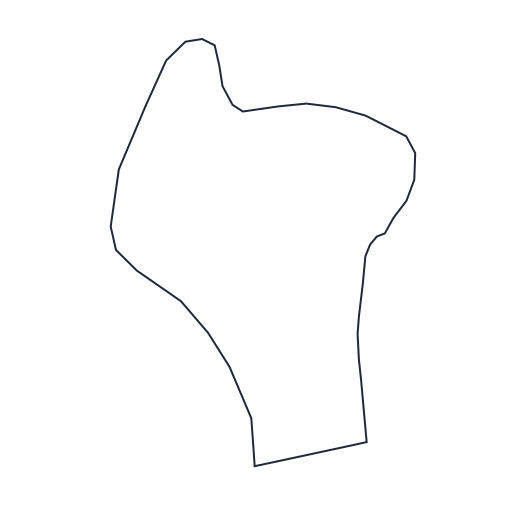 the district of Madeinat Al Gedaref, Gedarif, Sudan, rotated 7°
{"feature_id": "16777658B2948733564305", "entity_name": "Madeinat Al Gedaref", "entity_type": "district", "adm_level": 2, "iso_a3": "SDN", "parent_name": "Sudan", "parent_adm1": "Gedarif", "projection": "equal_earth", "projection_center": [35.386, 14.026], "detail": "fine", "context": "isolated", "style": "outline", "palette": "slate", "viewbox_px": 512, "rotation_deg": 7, "n_neighbors": 0, "source": "geoboundaries", "source_scale": "gbopen_adm2", "svg_char_len": 648}
<svg xmlns="http://www.w3.org/2000/svg" viewBox="0 0 512 512"><g transform="rotate(7 256 256)"><path d="M388.5,427.2L375.6,367.1L370.7,346.0L366.3,320.7L365.5,302.6L365.4,270.1L364.6,243.0L367.9,230.6L373.5,222.0L381.1,217.9L387.9,201.2L398.6,182.9L403.8,161.0L401.5,134.5L390.5,118.9L347.6,103.3L316.9,98.6L287.3,98.6L259.5,104.9L225.3,114.2L214.3,108.8L202.1,91.6L196.3,71.3L189.3,51.9L176.0,47.2L159.8,51.9L143.0,72.9L127.9,121.3L109.3,186.8L108.2,244.5L116.3,267.1L139.5,285.0L187.0,310.0L217.7,338.0L243.2,369.2L263.8,404.9L271.1,417.6L276.3,444.1L280.3,464.8L380.6,430.0L388.5,427.2Z" fill="none" stroke="#1e293b" stroke-width="2"/></g></svg>